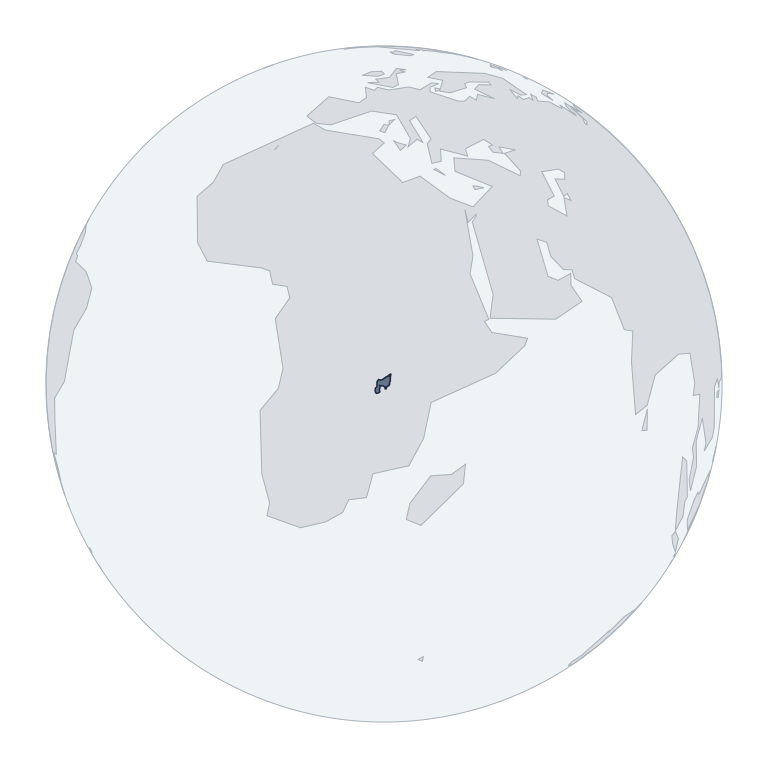 Kigoma on an orthographic globe, rotated 22°
{"feature_id": "TZA-3363", "entity_name": "Kigoma", "entity_type": "Region", "adm_level": 1, "iso_a3": "TZA", "parent_name": "United Republic of Tanzania", "parent_adm1": "", "projection": "orthographic", "projection_center": [30.566, -4.821], "detail": "fine", "context": "on_globe", "style": "filled", "palette": "slate", "viewbox_px": 768, "rotation_deg": 22, "n_neighbors": 0, "source": "natural_earth", "source_scale": "10m", "svg_char_len": 7741}
<svg xmlns="http://www.w3.org/2000/svg" viewBox="0 0 768 768"><g transform="rotate(22 384 384)"><circle cx="384" cy="384" r="338" fill="#eef3f6" stroke="#a8b0b8"/><path d="M48.8,341.2L48.2,347.8L50.4,355.3L50.8,369.1L50.0,378.4L52.1,380.1L52.2,385.9L65.8,391.4L77.2,404.5L79.8,425.1L76.2,450.3L86.7,501.4L83.9,520.4L92.5,541.0L106.5,571.9L103.6,571.4L114.1,585.1L120.4,594.5L121.1,596.2L129.5,606.3L129.8,606.7L114.8,588.2L101.0,568.7L88.7,548.3L77.9,527.1L68.6,505.2L60.8,482.6L54.6,459.6L50.1,436.2L47.3,412.5L46.1,388.7L46.6,364.9L48.8,341.2ZM134.6,612.0L135.7,613.2L137.5,615.1L134.6,612.0ZM187.3,658.7L189.7,660.4L192.1,662.2L187.3,658.7ZM175.4,649.3L171.8,645.8L174.0,647.2L176.9,650.1L175.4,649.3ZM689.7,240.0L694.5,251.5L694.1,256.7L695.9,262.3L691.0,253.9L691.7,263.4L706.4,300.4L708.4,310.4L706.1,326.2L704.8,318.5L692.0,296.3L694.7,319.7L704.6,343.0L708.2,368.4L702.8,358.5L698.5,336.2L693.9,327.7L691.5,306.9L680.7,275.2L675.0,278.8L671.9,266.8L656.1,240.9L645.9,246.0L632.1,274.1L636.0,305.2L628.7,318.1L605.4,271.3L594.9,241.7L586.5,243.6L562.6,218.6L521.4,214.9L515.5,207.7L507.7,210.7L490.8,203.2L481.8,191.7L471.6,192.3L495.8,222.8L506.7,222.6L515.7,211.4L520.4,222.5L536.7,233.2L518.9,259.6L457.7,283.3L451.7,260.2L405.1,200.6L406.5,194.2L406.3,193.5L405.8,192.3L401.5,202.6L393.5,191.8L418.4,231.7L422.6,249.8L456.9,284.7L453.6,288.3L464.7,295.9L500.0,287.8L500.2,295.7L483.5,332.2L434.6,383.5L441.1,419.4L437.7,450.5L407.4,471.3L410.3,495.8L394.7,504.6L393.8,518.7L381.4,533.8L360.6,548.5L324.9,550.0L322.5,537.1L304.3,513.0L279.0,454.9L287.7,427.7L284.5,407.3L258.7,364.2L264.3,339.4L257.5,329.8L243.4,333.2L235.5,321.9L227.0,322.3L174.1,336.3L158.3,322.9L140.4,280.1L150.2,260.8L152.7,240.7L220.9,168.7L234.6,170.5L287.5,158.6L293.9,160.4L286.9,174.6L325.9,190.2L339.5,177.8L375.6,186.9L400.2,186.4L410.4,160.3L370.2,160.2L364.0,148.1L396.9,137.5L432.2,139.9L430.9,135.4L409.3,125.0L418.1,117.6L401.9,121.1L408.0,125.5L398.0,128.3L391.8,124.6L395.2,121.8L384.7,119.9L371.4,135.3L376.2,141.4L348.4,144.9L353.6,156.0L345.8,161.5L334.1,145.2L335.8,139.1L313.4,123.9L309.1,130.3L329.9,145.6L323.1,144.6L317.5,155.1L316.4,146.4L294.8,129.7L270.2,135.6L237.5,163.7L223.4,167.7L212.2,164.4L225.3,138.3L255.4,132.7L260.5,125.0L255.5,115.8L265.1,115.4L266.8,111.4L278.2,109.7L295.5,99.4L307.3,97.6L315.2,87.0L322.3,85.0L315.6,91.6L317.3,95.8L346.8,93.9L352.8,91.5L355.6,85.2L363.4,86.2L362.2,80.4L379.7,78.1L357.5,76.6L360.1,70.8L371.2,66.6L368.1,64.9L349.9,72.0L346.3,75.3L349.6,78.3L336.2,89.2L325.9,91.6L324.7,80.4L309.8,83.2L315.5,74.7L361.0,58.3L379.4,56.1L407.6,62.3L402.7,64.9L390.1,63.6L400.7,69.3L400.4,66.6L406.8,68.0L411.0,64.2L415.7,65.0L411.5,60.4L417.9,61.1L420.4,64.0L431.9,60.5L445.3,62.0L445.7,61.0L442.2,59.4L461.5,63.2L460.9,62.4L454.3,60.7L448.8,58.1L446.5,55.5L453.4,56.9L455.1,58.0L469.0,63.3L472.5,67.0L475.1,67.4L473.6,64.7L456.7,58.1L453.4,56.3L462.3,58.9L458.8,57.8L459.3,57.4L466.2,58.6L456.8,55.8L453.9,53.4L477.2,59.2L499.9,66.6L522.1,75.6L543.7,86.2L564.4,98.2L584.2,111.7L603.0,126.6L620.6,142.8L637.1,160.2L652.4,178.7L666.3,198.2L678.7,218.7L689.7,240.0ZM196.8,202.3L194.7,208.2L196.8,202.3ZM469.6,157.3L490.7,159.7L481.2,143.8L488.5,143.7L482.6,138.8L480.4,142.7L465.8,129.8L474.9,126.4L472.3,120.4L465.1,119.4L450.8,128.1L471.5,146.0L466.6,151.9L469.6,157.3ZM161.5,129.7L161.2,129.9L153.5,137.0L157.3,133.4L161.5,129.7ZM264.7,95.0L268.2,96.4L263.2,100.9L248.2,106.0L255.3,99.2L264.7,95.0ZM274.3,97.7L277.3,86.8L286.7,84.2L280.9,87.3L286.9,86.6L279.1,91.7L285.2,100.9L281.2,105.7L255.7,110.8L266.2,106.1L262.2,104.5L274.3,97.7ZM268.4,72.8L269.8,70.6L288.4,67.3L285.0,69.9L269.8,74.4L265.0,74.0L268.4,72.8ZM345.9,48.2L349.3,48.0L339.4,49.1L340.8,49.0L333.3,50.2L326.5,51.7L322.2,52.4L321.4,52.8L316.5,54.0L314.0,54.9L305.3,56.7L301.6,58.2L299.6,58.3L295.4,60.5L294.7,59.8L288.2,61.9L292.4,61.5L251.8,73.7L235.4,81.1L222.1,88.2L222.6,87.2L229.8,83.3L251.9,73.0L274.7,64.3L298.0,57.2L321.8,51.9L345.9,48.2ZM301.9,154.9L307.0,155.1L315.1,154.1L311.7,161.2L301.9,154.9ZM286.7,143.5L291.4,142.3L290.6,150.7L285.3,150.9L286.7,143.5ZM294.7,134.9L291.7,141.6L290.2,138.1L294.7,134.9ZM320.1,90.5L325.2,89.4L325.4,90.9L322.3,93.3L320.1,90.5ZM366.1,49.9L362.7,49.5L364.3,49.2L363.1,48.0L370.3,47.6L373.8,48.1L366.1,49.9ZM403.2,164.6L395.7,169.6L392.2,167.1L395.4,165.9L403.2,164.6ZM351.2,164.6L362.8,167.6L350.1,166.5L351.2,164.6ZM373.7,49.2L372.3,48.6L376.8,48.9L373.7,49.2ZM375.5,47.3L380.8,47.4L371.0,47.4L375.5,47.3ZM522.6,622.0L523.6,626.7L518.9,626.7L522.6,622.0ZM495.0,446.7L471.2,501.3L455.4,501.2L452.8,484.8L461.8,451.6L480.4,442.6L489.6,427.9L495.0,446.7ZM717.1,439.1L716.8,442.4L716.5,443.9L717.1,439.1ZM717.6,431.8L717.9,434.3L717.0,435.0L717.6,431.8ZM718.0,435.5L717.9,435.3L718.1,434.6L718.0,435.5ZM717.1,430.6L711.1,423.5L707.8,416.8L709.4,411.5L714.9,417.1L717.1,430.6ZM709.1,411.1L702.8,391.1L688.2,339.8L693.6,342.1L707.6,375.2L706.9,379.8L710.8,394.9L709.1,411.1ZM721.0,390.8L720.1,405.4L717.6,400.2L716.0,396.1L715.0,375.8L715.6,366.8L717.2,368.5L718.8,341.7L720.3,351.6L720.8,363.4L721.8,377.9L721.0,390.8ZM637.5,308.4L645.2,328.3L640.6,330.7L637.5,308.4ZM716.2,322.0L717.7,333.3L715.2,317.1L716.0,320.8L716.2,322.0ZM699.0,271.4L697.5,271.6L695.9,266.8L696.8,263.9L699.0,271.4ZM433.1,51.6L426.8,53.0L427.0,55.3L434.6,57.8L421.2,55.5L420.9,52.0L433.1,51.6ZM403.5,47.4L401.2,47.7L397.6,47.3L403.5,47.4ZM664.6,572.3L660.3,576.4L662.2,571.0L668.9,561.5L685.0,529.0L685.1,530.4L694.0,509.6L702.2,497.6L704.8,490.2L693.9,518.8L680.5,546.2L664.6,572.3ZM721.4,403.6L720.3,416.4L720.4,415.0L721.3,399.6L721.9,382.7L721.9,378.8L721.9,382.1L721.9,382.4L721.9,388.4L721.4,403.6Z" fill="#d9dde1" stroke="#a8b0b8" stroke-width="1"/><path d="M376.8,385.1L376.7,384.6L376.7,384.1L376.8,383.6L377.2,382.6L377.2,382.1L377.2,381.9L378.5,381.8L378.8,381.9L379.1,381.9L379.2,381.7L379.3,381.5L379.4,381.4L379.5,381.3L379.8,381.3L380.1,381.2L380.3,381.0L380.5,380.9L380.8,380.7L380.9,380.3L381.0,380.2L381.4,379.9L381.6,379.7L381.7,379.4L381.8,379.2L381.9,378.7L382.0,378.6L382.3,378.3L382.5,377.9L382.9,377.9L382.9,377.7L382.9,377.4L383.1,376.9L383.2,376.7L383.4,376.4L383.5,376.3L383.7,376.2L383.8,376.2L384.0,376.0L384.3,375.9L384.4,375.7L384.2,375.5L384.3,375.3L384.4,375.2L384.6,375.1L384.8,375.1L384.9,374.9L385.1,375.0L385.4,374.9L385.5,374.7L385.4,374.6L385.5,374.4L385.6,374.2L385.5,373.9L385.4,373.8L385.3,373.6L385.3,373.4L385.5,373.2L385.8,373.0L385.9,372.8L386.5,372.3L386.8,372.7L386.8,372.8L387.0,372.9L387.0,373.3L386.8,373.8L386.6,374.1L386.6,374.4L386.6,374.5L386.8,374.4L387.2,374.6L387.3,375.0L387.4,375.4L387.5,375.6L387.7,375.8L387.8,376.0L387.7,376.2L387.8,376.4L387.8,376.6L387.8,377.0L388.0,377.4L388.3,377.7L388.7,378.5L388.8,379.0L388.7,379.3L388.5,379.8L388.5,380.1L388.6,380.3L388.6,380.5L388.8,381.0L389.0,381.3L389.0,381.5L389.0,381.8L389.3,381.9L389.3,382.4L389.4,382.8L389.3,383.1L389.0,383.3L388.9,383.3L388.8,383.5L388.9,384.1L388.6,384.3L388.4,384.4L388.4,384.5L388.2,384.6L387.9,384.8L388.0,385.0L387.7,386.0L387.7,386.6L387.9,387.6L387.8,387.8L387.4,387.9L386.9,388.0L386.8,387.5L386.7,387.4L386.5,387.2L386.4,387.1L386.3,386.7L386.2,386.5L386.0,386.8L385.9,386.9L385.6,386.6L385.4,386.5L385.2,386.4L385.0,386.2L384.7,386.2L383.1,386.2L382.9,386.3L382.5,386.7L382.3,386.9L382.0,387.0L380.7,387.0L381.2,387.6L381.4,388.1L381.8,390.4L381.9,390.9L382.3,391.5L382.5,392.0L382.9,392.4L382.9,392.8L383.0,393.0L383.0,393.3L382.4,393.7L382.3,394.2L382.1,394.4L380.7,395.5L379.9,395.4L379.2,394.8L379.0,394.6L378.8,394.4L378.5,393.6L378.1,393.1L378.0,392.8L377.9,392.6L377.8,391.9L377.6,391.2L377.7,390.6L378.2,390.0L378.4,389.7L378.4,389.2L378.3,388.7L377.7,387.4L377.5,386.4L377.0,385.6L376.8,385.1L376.8,385.1Z" fill="#64748b" stroke="#1e293b" stroke-width="1.5"/></g></svg>